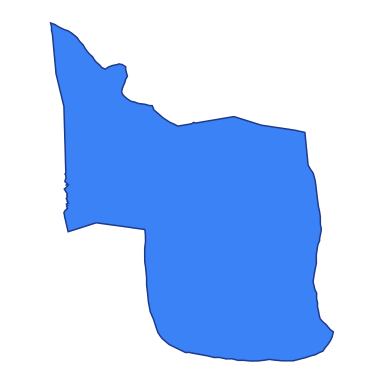 Ile Oluji/Okeigbo, Ondo, Nigeria (Natural Earth projection), rotated 90°
{"feature_id": "59680162B60046857326615", "entity_name": "Ile Oluji/Okeigbo", "entity_type": "district", "adm_level": 2, "iso_a3": "NGA", "parent_name": "Nigeria", "parent_adm1": "Ondo", "projection": "natural_earth1", "projection_center": [4.846, 7.238], "detail": "fine", "context": "isolated", "style": "filled", "palette": "blue", "viewbox_px": 384, "rotation_deg": 90, "n_neighbors": 0, "source": "geoboundaries", "source_scale": "gbopen_adm2", "svg_char_len": 2921}
<svg xmlns="http://www.w3.org/2000/svg" viewBox="0 0 384 384"><g transform="rotate(90 192 192)"><path d="M329.5,227.1L332.7,226.0L336.4,223.5L338.6,221.8L344.5,214.9L347.4,209.0L350.3,203.0L352.5,198.5L352.4,194.9L353.2,191.1L354.6,183.4L356.0,175.8L357.5,169.8L357.4,164.7L358.9,157.9L358.8,152.0L360.3,146.0L360.3,140.9L361.0,133.3L360.9,125.6L360.2,119.7L359.4,114.6L360.1,109.5L360.8,101.8L360.8,95.0L360.8,90.8L359.3,84.9L358.2,80.8L357.8,78.9L355.5,72.1L354.8,68.8L352.5,64.5L351.1,61.1L347.4,58.6L344.4,56.1L340.7,53.6L337.0,51.9L331.9,50.6L329.7,53.6L326.8,56.1L324.6,57.9L321.7,61.3L318.7,63.9L315.1,64.8L310.6,65.6L307.0,66.5L302.6,66.5L298.9,67.4L296.0,67.4L293.0,67.4L289.4,69.2L285.7,70.0L282.0,70.9L276.1,70.1L271.7,69.3L262.9,67.6L259.2,67.7L258.5,67.7L254.8,67.7L249.6,66.9L244.5,66.1L240.8,64.4L238.6,64.4L230.5,62.8L228.3,62.8L224.6,63.6L216.6,63.7L210.7,64.6L207.0,65.5L203.9,65.9L201.1,66.3L195.5,67.0L193.8,67.2L185.7,68.1L179.8,69.0L174.4,70.5L173.2,70.8L169.6,73.3L165.2,75.9L156.7,76.7L152.8,77.1L134.4,78.9L134.1,78.9L132.4,79.1L130.3,88.6L125.2,122.6L116.6,150.0L117.3,154.3L122.9,187.5L123.1,188.1L122.4,190.3L123.8,192.5L126.1,206.1L123.9,210.4L122.5,213.8L120.3,217.2L118.1,220.6L110.0,230.0L105.6,231.8L105.6,234.3L104.2,239.4L104.2,239.6L103.5,245.4L102.0,249.6L101.3,253.0L99.4,255.9L98.4,257.3L97.1,258.8L96.2,259.8L95.1,260.7L94.0,261.6L91.8,262.4L88.1,261.6L82.2,259.1L79.3,258.3L76.3,256.6L69.7,258.3L66.8,258.3L64.6,261.7L63.9,265.1L64.6,266.8L65.4,271.1L66.9,275.3L69.1,278.7L68.4,280.4L67.6,282.1L64.7,284.7L61.8,288.1L60.8,288.9L59.6,289.8L56.7,291.5L54.5,294.1L51.5,296.7L47.9,299.2L44.9,300.9L41.3,304.4L37.6,306.9L34.0,311.2L31.0,315.5L29.6,319.7L26.7,325.7L24.5,329.1L23.0,333.4L26.7,332.5L30.4,332.5L34.1,331.6L53.9,329.8L65.4,328.7L73.6,328.0L106.4,320.1L153.8,318.7L162.9,318.5L171.4,318.2L171.8,318.3L172.8,318.3L173.6,318.4L174.1,319.0L175.0,318.3L177.9,318.0L178.3,317.8L179.2,318.5L180.2,318.8L181.6,319.1L182.6,317.9L183.6,316.7L184.3,317.3L184.9,317.7L185.0,315.8L186.8,317.2L187.3,317.7L189.1,319.7L192.7,317.5L192.9,317.3L193.3,317.0L193.7,316.8L194.0,316.7L194.3,316.8L194.7,317.1L195.4,317.1L195.9,317.1L196.3,316.8L197.7,317.2L198.2,317.2L198.5,317.4L198.7,317.7L199.8,317.0L201.2,316.5L201.3,316.8L201.6,316.5L202.5,315.8L203.0,315.5L203.4,316.6L204.0,317.6L204.4,317.3L205.5,316.5L206.1,317.5L206.6,317.3L206.8,317.1L207.1,316.9L207.5,316.9L208.0,316.7L208.2,316.9L208.6,316.6L208.8,316.9L209.6,317.8L210.3,318.6L210.8,319.1L212.1,319.8L213.1,320.1L214.4,319.6L216.1,319.5L231.7,315.9L231.7,315.7L223.3,289.4L222.8,287.8L226.7,259.1L227.6,252.6L227.8,251.6L229.5,239.2L231.6,238.9L235.0,238.6L241.7,238.5L248.3,239.3L252.7,239.3L256.4,239.3L262.2,239.2L267.4,238.4L277.7,237.4L285.0,237.4L292.4,236.5L300.8,235.7L301.9,235.6L311.5,233.8L313.0,233.2L319.5,230.4L322.0,229.6L327.6,227.8L329.5,227.1Z" fill="#3b82f6" stroke="#1e3a8a" stroke-width="1.5"/></g></svg>